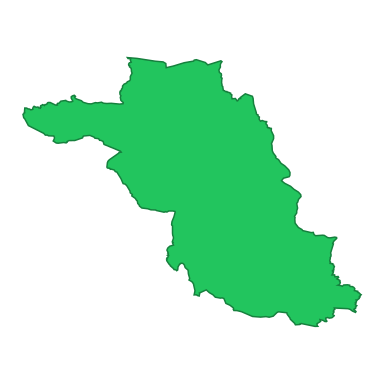 Nittedal nor, Akershus, Norway (Equal Earth projection)
{"feature_id": "86288312B73393856679097", "entity_name": "Nittedal nor", "entity_type": "district", "adm_level": 2, "iso_a3": "NOR", "parent_name": "Norway", "parent_adm1": "Akershus", "projection": "equal_earth", "projection_center": [10.849, 60.08], "detail": "fine", "context": "isolated", "style": "filled", "palette": "green", "viewbox_px": 384, "rotation_deg": 0, "n_neighbors": 0, "source": "geoboundaries", "source_scale": "gbopen_adm2", "svg_char_len": 5955}
<svg xmlns="http://www.w3.org/2000/svg" viewBox="0 0 384 384"><path d="M273.6,135.7L271.2,130.6L271.4,128.7L271.0,128.2L269.3,128.4L269.1,127.7L267.6,127.7L267.3,127.4L267.5,126.3L267.0,124.9L266.0,123.9L266.1,122.2L266.7,122.0L266.7,121.6L264.5,121.4L262.2,120.5L260.5,121.2L259.4,119.7L259.1,119.0L259.4,117.1L258.1,116.0L257.9,114.7L256.8,114.5L256.3,113.5L256.3,112.6L253.6,103.9L253.1,98.4L252.4,96.3L245.3,93.8L240.2,97.6L240.6,98.5L239.0,98.7L237.7,100.8L237.1,100.9L235.4,98.5L232.1,98.8L231.6,96.5L231.9,94.9L230.4,93.8L230.6,93.2L228.7,92.3L227.6,92.3L227.0,92.0L227.2,91.8L226.9,91.5L225.5,91.6L224.5,90.7L223.3,90.4L222.7,86.4L221.9,85.6L222.0,84.2L221.6,83.2L221.7,80.0L222.1,78.2L221.4,77.8L221.0,77.1L221.5,75.4L221.3,73.8L219.4,72.4L218.9,69.9L220.4,67.1L220.3,64.8L220.8,63.3L222.0,61.7L220.9,60.8L207.8,64.9L205.3,62.5L196.4,59.7L194.2,60.1L193.6,61.1L184.3,62.7L173.1,66.1L166.2,67.7L165.8,63.5L163.1,61.9L155.2,61.2L137.0,58.4L127.4,57.6L128.0,58.5L130.8,58.8L130.3,60.0L131.2,62.2L129.4,62.8L128.6,64.1L128.7,65.2L129.7,65.8L129.4,66.7L131.2,68.4L131.5,71.7L132.1,73.1L130.3,76.6L130.3,79.6L129.7,80.7L127.3,81.8L126.6,83.0L124.0,84.2L122.5,86.1L122.6,87.2L122.1,88.6L121.5,89.1L121.5,89.9L120.2,91.2L120.6,91.6L119.9,92.3L119.9,93.1L120.1,94.6L120.9,95.7L120.3,97.4L120.9,100.4L123.3,102.6L123.1,103.7L119.6,104.1L111.2,103.3L106.8,103.5L103.5,103.2L101.5,102.2L97.4,102.9L95.5,102.6L91.2,103.9L88.0,103.7L83.2,102.3L81.4,100.7L76.3,98.9L74.9,97.7L74.6,96.9L75.4,96.3L74.4,95.3L73.0,95.6L71.3,96.6L71.2,98.1L72.8,101.1L71.7,101.8L69.2,102.0L66.3,101.0L65.8,100.4L60.8,101.2L59.0,103.2L57.5,103.4L57.1,104.2L57.5,104.9L56.9,105.2L55.4,105.0L50.2,102.5L48.4,102.5L47.9,102.6L47.2,103.3L47.3,103.7L46.1,104.5L44.9,104.6L44.5,105.5L42.7,104.6L42.1,104.9L41.8,105.5L40.8,105.6L40.4,106.4L40.8,107.3L40.3,107.4L40.3,108.2L38.8,107.9L38.0,107.0L36.1,107.3L34.1,106.3L33.6,106.8L33.8,107.0L33.2,107.3L32.6,108.7L32.8,109.3L31.7,109.7L30.5,109.8L29.8,109.1L28.1,108.9L26.7,108.1L24.8,108.0L24.5,111.3L24.7,112.6L24.2,112.6L23.9,113.7L23.0,114.3L23.7,117.7L24.8,118.9L28.4,125.6L43.8,133.4L45.3,135.1L47.4,135.1L48.4,135.8L53.8,136.0L54.4,137.3L54.3,138.9L53.2,141.0L56.2,143.0L58.2,143.2L63.8,142.5L66.1,142.9L67.1,142.3L67.0,141.7L68.9,140.6L74.8,140.5L82.5,137.9L83.2,136.3L83.7,136.0L89.9,135.4L94.0,137.1L94.9,138.2L98.6,138.7L99.6,140.3L100.9,140.4L103.1,141.4L104.0,144.4L120.5,151.2L121.2,152.2L119.0,152.5L118.8,153.1L109.3,159.8L108.0,161.2L107.4,162.7L106.9,167.1L107.4,168.0L109.7,168.3L110.3,169.3L111.0,169.1L114.1,169.9L115.3,171.6L116.9,172.1L121.0,178.7L123.1,183.6L125.3,184.2L126.9,185.9L130.0,191.1L130.2,192.8L132.3,194.5L131.8,195.9L135.3,198.4L136.5,200.3L137.2,200.7L137.8,203.6L139.0,204.7L139.4,206.0L141.8,208.0L147.9,208.8L150.8,209.8L155.7,210.0L156.3,210.5L164.1,212.2L165.4,211.6L166.0,212.0L167.3,211.9L168.7,211.0L173.0,211.0L175.1,211.5L175.2,212.0L174.0,216.6L172.0,221.6L171.6,224.5L171.8,225.2L172.5,225.9L172.5,233.2L172.7,235.1L173.4,237.0L173.4,238.5L172.3,241.7L173.1,242.5L172.5,242.9L173.5,245.1L169.8,246.2L167.9,247.9L167.1,249.5L167.0,250.5L168.1,252.4L167.7,253.1L168.3,253.6L168.3,254.6L167.5,255.2L168.6,255.7L167.5,257.6L167.1,257.7L166.9,258.2L167.3,258.2L166.6,259.1L167.0,259.5L166.7,260.6L169.0,264.1L170.5,265.6L170.4,265.9L173.4,268.5L174.1,269.6L175.8,269.8L176.7,270.7L177.7,270.0L178.0,266.9L179.7,264.0L180.5,263.9L180.8,263.3L181.9,263.2L183.0,263.5L184.2,264.7L185.2,267.6L188.1,270.2L188.4,273.9L189.7,278.4L189.0,280.0L191.9,281.7L193.4,283.7L195.0,290.8L194.1,294.9L196.6,294.8L197.3,295.5L199.2,296.0L199.7,293.5L199.4,293.0L206.3,289.9L209.4,292.7L212.9,294.7L215.3,297.2L220.3,298.1L222.2,297.9L223.9,298.5L225.9,303.4L229.9,305.2L233.3,307.8L233.6,309.0L233.3,309.4L233.9,310.5L237.0,310.6L241.5,311.7L252.6,316.5L260.6,317.1L266.0,316.6L269.2,317.2L273.2,316.2L277.0,312.5L278.6,311.8L286.9,312.8L287.2,314.3L289.9,317.9L290.4,319.3L294.5,323.2L295.4,324.8L299.8,324.5L300.4,324.2L300.2,323.8L301.1,323.5L315.0,326.4L317.8,326.3L317.2,325.5L317.0,323.7L320.6,321.4L320.0,319.6L323.1,320.4L324.8,321.5L326.4,321.6L326.9,321.1L325.9,319.8L325.7,318.1L327.7,317.5L329.2,318.1L331.0,317.9L332.1,317.6L334.0,316.0L334.2,315.6L332.9,314.7L332.8,313.9L333.8,312.5L333.9,311.6L333.4,311.3L333.7,310.2L334.8,309.5L334.3,308.0L348.0,308.7L350.0,309.3L352.5,311.1L355.5,312.4L356.0,311.5L353.9,309.5L354.4,308.7L355.5,308.5L355.8,307.6L355.5,306.9L356.8,305.7L355.5,304.8L355.3,304.4L355.9,303.6L355.3,302.9L356.3,302.1L356.2,301.3L356.8,300.7L356.2,300.0L357.4,299.8L359.1,298.6L359.0,298.3L359.8,297.4L359.3,296.8L359.5,296.4L360.0,296.4L361.0,294.8L360.5,294.8L360.6,294.4L359.0,292.8L358.0,292.5L357.9,291.7L357.1,291.5L357.3,291.2L354.4,290.6L354.8,288.6L353.8,287.4L352.5,286.6L350.3,286.5L349.6,285.8L349.7,285.2L347.6,284.8L343.6,285.0L342.3,286.3L341.0,285.7L338.0,285.2L339.4,284.6L340.3,282.7L339.6,281.4L340.1,281.0L339.7,280.3L336.9,278.9L338.6,277.4L338.1,276.5L334.9,276.8L334.6,274.9L332.0,274.9L333.0,273.3L332.8,273.1L333.3,272.6L333.1,271.9L333.5,271.2L332.5,271.2L332.4,270.8L333.9,269.3L333.7,268.3L334.4,266.6L333.7,265.8L333.8,265.2L332.5,264.3L332.7,263.7L330.1,263.4L330.5,262.2L329.9,261.8L330.1,261.2L329.7,260.3L330.3,258.8L330.1,257.9L331.0,256.0L331.0,254.3L330.6,253.0L333.4,243.9L332.7,243.5L332.8,243.1L334.0,241.0L336.7,238.4L336.6,237.5L334.8,237.1L329.9,237.9L327.7,237.6L324.3,235.4L322.7,235.2L315.5,235.7L314.0,234.5L313.3,232.4L311.2,232.6L302.7,230.6L301.9,229.5L298.4,227.5L295.1,223.1L294.8,218.8L295.1,217.7L294.5,216.3L296.7,213.0L296.7,210.9L297.6,208.1L296.7,203.4L297.7,202.2L298.5,199.4L301.0,196.6L300.7,194.6L298.4,192.1L293.8,189.2L290.6,186.3L284.7,183.3L281.5,180.7L283.5,178.2L289.2,176.7L289.9,175.3L290.0,172.5L288.7,169.8L284.8,165.9L281.0,163.3L278.5,159.6L276.4,158.4L275.6,157.5L275.9,156.5L273.2,152.9L272.3,150.7L272.0,145.5L271.5,143.6L273.6,138.7L273.6,135.7Z" fill="#22c55e" stroke="#15803d" stroke-width="1.5"/></svg>